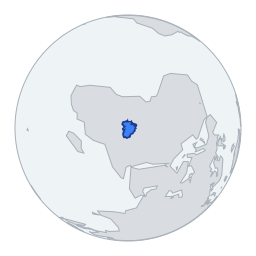 globe centered on Orientale, rotated 119°
{"feature_id": "COD-1559", "entity_name": "Orientale", "entity_type": "Province", "adm_level": 1, "iso_a3": "COD", "parent_name": "Democratic Republic of the Congo", "parent_adm1": "", "projection": "orthographic", "projection_center": [26.062, 1.632], "detail": "medium", "context": "on_globe", "style": "filled", "palette": "blue", "viewbox_px": 256, "rotation_deg": 119, "n_neighbors": 0, "source": "natural_earth", "source_scale": "10m", "svg_char_len": 7623}
<svg xmlns="http://www.w3.org/2000/svg" viewBox="0 0 256 256"><g transform="rotate(119 128 128)"><circle cx="128" cy="128" r="113" fill="#eef3f6" stroke="#a8b0b8"/><path d="M70.0,31.5L72.3,30.1L65.6,34.4L61.3,38.0L59.6,39.4L56.1,41.6L56.0,41.4L62.8,36.2L70.0,31.5ZM54.1,43.0L54.5,42.7L50.1,46.7L49.4,47.4L49.7,47.3L51.3,45.8L49.8,47.3L46.4,50.4L46.6,50.1L48.0,48.7L48.8,48.0L48.7,48.0L54.1,43.0ZM17.3,107.1L17.1,108.6L16.8,116.7L18.4,120.4L18.7,125.4L18.4,128.3L19.4,129.3L19.4,131.3L25.2,134.9L29.6,140.3L30.5,147.1L28.8,154.8L31.8,171.2L29.9,176.2L32.6,182.8L36.5,192.1L34.9,191.1L38.6,195.9L40.4,198.6L41.8,200.5L36.7,194.0L32.1,187.1L28.0,179.8L24.4,172.3L21.5,164.6L19.1,156.6L17.2,148.5L16.0,140.3L15.4,132.0L15.4,123.6L16.1,115.4L17.3,107.1ZM58.5,216.6L57.6,215.8L58.4,216.4L59.2,217.1L58.5,216.6ZM231.2,82.8L231.9,84.4L232.4,87.2L233.1,89.2L231.7,86.7L232.3,90.5L236.8,102.2L237.5,105.6L237.4,111.8L236.9,109.2L233.3,102.8L234.4,110.8L237.2,117.9L238.2,126.1L236.8,123.4L235.6,116.2L234.3,113.7L233.4,106.6L230.0,96.2L228.5,98.0L227.4,93.9L222.4,85.7L219.6,88.2L215.9,99.0L217.4,109.6L215.3,114.4L207.8,99.1L204.2,89.1L201.6,90.0L193.8,81.9L180.8,81.6L178.8,79.1L176.3,80.3L170.8,77.9L167.7,74.0L164.4,74.3L172.7,84.8L176.2,84.6L178.9,80.4L180.6,84.3L185.9,87.7L180.5,97.3L160.9,106.4L158.8,98.4L142.8,77.8L143.2,75.6L143.1,75.3L142.9,74.9L141.6,78.6L138.8,74.7L147.6,88.7L149.1,95.0L160.6,106.8L159.6,108.1L163.2,110.6L174.6,107.4L174.8,110.1L169.5,122.7L153.5,140.3L155.6,152.1L154.2,162.2L144.1,169.1L144.8,176.9L139.5,179.7L139.1,184.2L134.7,189.0L127.5,193.5L115.5,193.8L114.9,189.8L109.1,182.1L101.1,163.3L104.3,154.5L103.3,147.9L94.6,133.2L96.5,125.0L94.1,121.7L89.3,122.6L86.5,118.7L83.6,118.7L65.1,122.1L59.5,117.1L52.8,101.6L56.1,95.3L56.7,88.2L79.6,64.4L84.4,65.5L102.5,62.1L104.7,62.9L102.6,68.0L116.2,74.0L120.5,69.6L132.8,73.0L141.0,72.8L143.8,63.3L130.5,63.3L128.2,58.9L138.9,55.0L150.5,55.7L150.0,54.0L142.6,50.3L145.3,47.4L140.0,48.8L142.2,50.5L139.0,51.5L136.8,50.2L137.8,49.1L134.3,48.4L130.3,54.2L132.1,56.5L122.8,57.7L124.9,61.8L122.4,63.7L118.0,57.7L118.5,55.4L110.4,49.5L109.2,51.9L116.6,57.8L114.3,57.4L112.6,61.2L112.1,58.0L104.2,51.5L95.9,53.3L85.3,63.0L80.4,64.1L76.4,62.5L80.2,53.1L90.7,51.8L92.2,49.0L90.1,45.3L93.4,45.4L93.9,43.9L97.8,43.5L103.4,39.8L107.4,39.3L109.6,35.1L111.9,34.4L110.0,37.0L110.7,38.7L120.7,38.3L122.6,37.4L123.3,34.9L125.9,35.3L125.3,32.9L131.0,32.1L123.4,31.4L124.0,29.0L127.5,27.2L126.3,26.4L120.6,29.4L119.6,30.7L120.9,32.0L116.9,36.3L113.5,37.1L112.5,32.6L107.5,33.5L109.0,30.0L123.3,23.4L129.3,22.5L139.2,25.2L137.8,26.4L133.5,25.9L137.4,28.3L137.1,27.2L139.3,27.7L140.4,26.0L142.0,26.3L140.3,24.3L142.4,24.5L143.5,25.8L146.9,24.0L151.2,24.4L151.2,23.9L150.0,23.2L156.4,24.4L156.1,24.0L153.9,23.4L151.8,22.3L150.8,21.0L153.0,21.5L153.7,22.0L158.6,24.1L160.1,25.8L160.9,25.9L160.2,24.6L154.2,22.0L152.9,21.0L156.0,22.1L154.8,21.6L154.9,21.4L157.0,21.6L153.8,20.5L151.5,18.1L155.5,18.8L158.5,19.8L159.1,19.7L166.9,22.3L174.5,25.4L181.9,29.1L189.0,33.3L195.8,38.0L202.2,43.2L208.2,48.9L213.7,54.9L218.8,61.4L223.5,68.2L227.6,75.4L231.2,82.8ZM71.8,76.0L71.2,78.1L71.8,76.0ZM163.1,61.7L169.9,62.2L166.5,56.5L168.8,56.3L166.8,54.6L166.2,56.1L161.2,51.5L164.0,50.0L162.9,47.8L160.6,47.6L156.2,51.1L163.4,57.5L162.0,59.7L163.1,61.7ZM17.4,107.1L17.3,108.4L17.2,108.4L17.4,107.1ZM50.3,46.5L50.5,46.3L50.4,46.5L49.7,47.1L50.3,46.5ZM54.6,44.0L52.1,46.5L53.4,45.0L51.9,46.1L52.7,44.6L58.8,40.0L55.9,42.2L54.6,44.0ZM55.5,41.8L54.3,43.0L55.4,41.9L55.5,41.8ZM92.3,37.1L93.7,37.9L92.1,39.5L87.0,41.1L89.2,38.6L92.3,37.1ZM95.9,38.6L96.3,34.2L99.5,33.3L97.7,34.5L99.7,34.4L97.3,36.3L99.8,40.2L98.7,42.0L89.9,43.3L93.4,41.7L91.9,41.0L95.9,38.6ZM91.9,27.4L92.2,26.3L98.7,25.8L97.8,26.9L92.6,28.3L90.8,27.8L91.9,27.4ZM89.2,22.3L88.0,22.7L87.5,22.9L89.2,22.3ZM86.9,23.1L83.8,24.5L80.4,26.0L82.6,24.9L86.9,23.1ZM82.2,25.1L77.6,27.3L78.0,27.0L82.2,25.1ZM76.2,28.0L75.0,28.6L75.6,28.3L76.2,28.0ZM102.9,18.2L103.4,18.1L104.6,17.8L105.4,17.6L107.3,17.3L108.7,17.0L112.4,16.5L112.6,16.8L114.2,16.5L117.1,16.3L117.6,16.6L115.0,16.7L117.4,17.1L114.2,17.4L114.6,17.5L112.3,18.0L110.2,18.8L108.7,19.0L107.0,19.7L106.3,20.2L103.3,20.7L102.2,21.5L101.5,21.3L100.4,22.5L99.9,21.9L97.8,22.7L99.4,22.8L85.3,26.1L79.8,28.5L75.4,31.0L75.2,30.1L79.1,27.4L85.0,24.4L90.3,22.5L89.3,22.6L91.5,21.8L91.4,22.1L92.9,21.3L94.7,20.7L100.0,19.1L101.0,18.7L102.6,18.3L102.9,18.2ZM114.7,16.2L114.9,16.1L113.6,16.4L109.4,16.9L114.7,16.2ZM107.3,60.9L109.1,61.1L111.8,60.8L110.8,63.4L107.3,60.9ZM101.8,56.5L103.4,56.1L103.4,59.3L101.5,59.3L101.8,56.5ZM104.4,53.4L103.5,55.9L102.9,54.6L104.4,53.4ZM111.4,36.6L113.1,36.3L113.3,36.8L112.3,37.8L111.4,36.6ZM124.0,19.1L122.8,18.8L123.3,18.6L122.6,17.8L124.9,17.6L126.3,18.1L124.0,19.1ZM141.5,64.9L139.2,66.7L137.9,65.9L139.0,65.4L141.5,64.9ZM124.2,64.9L128.2,66.0L123.9,65.6L124.2,64.9ZM126.5,18.8L125.9,18.4L127.4,18.6L126.5,18.8ZM126.6,17.5L128.5,17.7L125.1,17.5L126.6,17.5ZM178.7,214.0L178.8,215.4L177.3,215.5L178.7,214.0ZM172.9,160.4L164.7,178.2L159.5,178.3L158.9,173.1L162.1,162.4L168.2,159.3L171.3,154.4L172.9,160.4ZM239.4,144.4L238.6,143.6L237.9,142.0L238.3,140.1L239.4,141.0L239.4,144.4ZM238.3,140.0L236.8,134.3L232.8,118.4L234.3,118.7L238.1,128.5L237.9,130.1L238.8,134.6L238.3,140.0ZM240.4,135.8L240.2,135.1L239.9,134.1L239.8,127.6L239.9,124.4L240.2,124.6L240.0,115.9L240.6,125.8L240.4,135.8ZM217.9,110.6L220.3,117.1L219.0,118.2L217.9,110.6ZM234.2,92.2L233.9,92.7L233.4,91.1L233.3,89.6L234.2,92.2ZM146.0,19.2L144.3,20.3L144.7,21.5L147.4,22.6L142.9,21.8L142.3,19.9L146.0,19.2ZM150.6,18.1L148.2,17.5L149.7,17.7L150.4,17.9L150.6,18.1ZM148.9,17.8L145.1,17.2L144.1,16.9L147.2,17.3L148.9,17.8ZM135.8,17.4L135.2,17.6L133.9,17.4L135.8,17.4ZM225.0,185.3L229.0,177.7L228.9,178.0L232.0,171.2L232.5,170.0L229.1,177.8L225.0,185.3Z" fill="#d9dde1" stroke="#a8b0b8" stroke-width="1"/><path d="M130.7,121.2L130.8,121.5L131.3,121.8L131.4,122.2L131.8,122.3L131.9,122.5L132.0,122.5L132.4,122.7L132.5,122.8L133.3,122.3L133.7,122.4L134.1,122.7L134.5,122.4L134.6,122.0L135.3,122.2L135.3,122.6L135.6,122.7L135.6,122.9L136.0,123.1L136.1,123.4L136.7,123.6L136.8,124.1L137.2,124.0L137.4,124.3L137.5,124.3L137.5,124.5L137.2,125.2L137.4,125.6L137.1,126.4L137.3,126.4L137.4,126.6L137.6,126.5L137.8,126.7L138.0,126.7L138.2,127.1L136.7,128.8L136.2,129.0L136.0,129.4L135.7,129.5L135.4,129.3L134.9,129.6L134.6,129.5L134.7,129.9L134.6,130.0L134.1,129.9L133.8,130.0L132.9,130.1L132.5,129.8L131.3,130.1L131.5,130.2L131.8,130.3L132.1,130.9L132.0,131.7L131.3,132.3L130.2,132.0L129.5,131.6L128.8,131.9L128.2,131.4L128.1,131.6L128.7,132.1L128.4,132.4L128.4,132.9L128.2,133.1L128.1,133.6L127.9,134.1L127.6,133.9L127.5,134.9L127.0,134.9L126.4,135.3L126.0,135.3L126.1,135.1L125.9,135.0L124.8,135.0L124.5,134.0L123.9,133.8L122.7,132.8L123.2,132.5L122.9,132.1L122.5,132.2L122.4,132.0L121.9,132.0L122.2,131.8L122.6,131.8L122.8,131.6L121.9,130.4L121.7,129.8L121.6,129.2L121.3,128.6L121.0,128.3L120.6,128.2L121.0,127.9L121.2,127.0L121.5,127.2L121.9,126.9L122.2,127.1L122.7,126.8L123.3,126.9L123.2,126.6L122.7,126.2L122.2,126.3L122.1,126.2L121.9,126.0L122.1,125.0L121.6,125.3L121.6,124.8L121.3,124.6L121.4,124.4L122.1,124.2L122.3,124.0L122.7,124.1L123.0,123.7L122.7,123.7L122.3,123.5L121.7,123.6L121.5,123.4L120.9,123.1L121.2,122.6L121.2,122.4L121.4,122.4L121.5,122.1L121.6,121.9L121.8,121.7L122.0,121.7L122.0,121.9L122.3,121.9L122.8,122.2L123.2,121.9L124.5,121.5L124.7,121.3L124.7,121.1L125.4,121.5L126.5,121.3L126.6,120.8L127.0,120.6L127.7,121.0L127.8,120.9L127.9,121.0L128.3,120.9L128.9,121.3L129.3,121.2L129.6,121.3L130.0,121.0L130.7,121.2Z" fill="#3b82f6" stroke="#1e3a8a" stroke-width="1.5"/></g></svg>